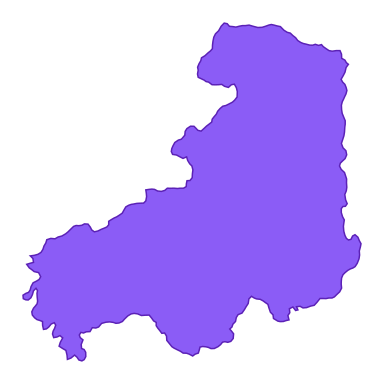 the district of Gouveia, Minas Gerais, Brazil
{"feature_id": "56859067B21802883811308", "entity_name": "Gouveia", "entity_type": "district", "adm_level": 2, "iso_a3": "BRA", "parent_name": "Brazil", "parent_adm1": "Minas Gerais", "projection": "natural_earth1", "projection_center": [-43.859, -18.506], "detail": "fine", "context": "isolated", "style": "filled", "palette": "violet", "viewbox_px": 384, "rotation_deg": 0, "n_neighbors": 0, "source": "geoboundaries", "source_scale": "gbopen_adm2", "svg_char_len": 5091}
<svg xmlns="http://www.w3.org/2000/svg" viewBox="0 0 384 384"><path d="M303.0,307.9L306.6,307.6L310.6,306.1L314.2,305.3L316.9,302.4L320.0,298.5L323.4,298.5L326.0,298.6L328.8,298.0L332.0,298.0L334.4,296.9L336.6,294.7L339.7,291.8L341.6,288.1L341.2,284.1L341.3,281.1L341.6,278.0L343.0,274.7L345.1,272.6L347.9,270.3L350.4,268.9L352.9,268.0L355.1,266.6L357.2,263.4L359.0,258.9L359.6,255.0L359.3,251.0L360.4,246.9L361.0,243.7L359.4,240.8L357.9,237.2L355.0,234.7L352.6,236.0L351.0,239.3L348.5,240.0L346.4,238.4L344.9,235.3L343.8,231.2L343.4,226.4L343.8,223.3L344.3,219.9L342.6,216.8L341.3,212.6L341.3,208.6L342.9,206.5L345.4,206.3L347.2,203.7L345.6,199.8L344.8,194.5L346.3,190.8L346.8,187.3L346.5,182.8L346.6,179.0L345.7,176.2L344.5,172.5L341.2,169.4L339.5,166.0L340.3,163.2L342.5,161.0L345.1,158.6L346.7,154.8L345.9,150.7L343.0,147.8L341.4,143.5L342.7,139.5L343.9,135.8L344.5,132.1L344.8,127.1L345.2,124.2L345.2,120.7L343.7,117.1L342.2,113.4L341.6,109.7L341.4,105.2L342.3,101.7L343.5,99.3L344.6,96.8L346.0,93.9L346.9,90.5L346.1,87.4L344.9,84.4L342.7,82.2L341.1,79.3L343.3,75.5L345.0,72.2L346.1,67.5L348.4,64.3L346.4,62.7L344.9,60.1L341.7,58.3L341.5,54.1L340.0,50.6L336.3,50.6L332.2,51.2L329.0,50.6L326.3,48.8L323.2,46.6L321.5,44.6L318.5,45.4L315.3,44.3L312.7,45.2L309.7,45.1L306.3,44.2L303.3,43.5L300.8,42.5L297.7,40.5L295.6,37.7L292.9,35.6L290.3,33.1L287.2,32.3L283.9,30.2L280.4,26.6L277.0,25.9L274.1,25.1L271.3,24.5L268.7,25.1L265.7,26.2L262.2,27.3L257.8,27.5L253.2,26.3L249.1,25.1L245.4,25.6L242.5,25.6L239.3,26.2L235.9,27.1L232.9,26.6L229.4,26.3L227.2,23.7L224.2,23.1L221.2,26.2L218.6,30.8L215.5,33.8L213.8,37.2L213.0,41.1L212.5,45.1L212.4,48.7L210.5,50.9L208.0,52.9L205.0,55.7L201.5,57.8L200.8,60.7L199.0,63.8L197.6,67.2L198.2,70.2L197.5,74.0L198.2,77.3L200.9,78.6L204.1,80.1L206.1,81.6L208.6,82.1L212.0,84.7L215.2,84.8L218.5,84.7L221.8,84.4L224.5,86.3L228.4,87.4L231.4,84.7L234.4,84.2L236.4,87.8L237.3,91.6L237.1,97.0L234.6,100.2L232.4,102.2L229.1,103.9L225.9,105.5L222.8,106.2L220.1,108.5L217.7,111.2L216.3,114.2L214.2,116.6L212.2,119.2L211.7,122.1L209.0,124.2L206.5,126.1L204.3,128.2L201.1,131.1L197.8,130.3L196.0,128.3L194.0,126.3L190.5,126.2L186.9,128.6L185.2,131.3L184.8,135.2L181.4,139.2L178.3,140.1L174.8,142.5L172.9,146.0L171.8,148.6L171.3,151.5L172.6,154.4L176.5,155.0L179.5,156.6L183.0,158.4L186.6,156.9L187.7,160.5L189.7,163.8L191.9,166.0L192.9,169.9L192.4,173.7L192.2,177.7L190.0,180.5L187.0,180.7L186.4,183.6L186.2,186.6L183.5,188.2L180.1,188.2L177.5,188.5L174.0,188.2L170.4,188.3L167.3,188.2L164.8,190.4L161.4,191.4L157.6,191.0L154.6,189.4L151.9,189.1L148.9,189.4L145.8,189.9L146.3,193.1L146.6,196.7L145.8,200.9L143.6,203.1L140.4,203.2L136.7,203.4L133.8,204.0L131.2,204.4L128.6,205.3L125.8,206.9L123.7,210.5L122.3,213.1L119.6,215.0L116.6,216.9L114.1,218.0L111.2,219.7L108.7,221.3L108.7,224.8L106.8,227.0L104.3,228.1L101.3,229.3L97.9,231.0L94.3,231.8L91.7,229.9L90.3,227.1L88.0,224.1L84.4,223.9L81.8,225.3L78.8,225.7L76.1,225.5L73.6,226.4L70.6,229.3L68.0,231.9L65.7,233.8L61.9,236.0L58.1,237.0L55.0,238.8L50.8,238.4L46.8,239.7L45.8,243.0L44.0,246.0L42.9,249.4L41.0,252.4L38.0,254.3L34.4,255.3L30.3,255.9L32.9,258.5L33.5,262.4L30.4,263.2L26.7,264.3L29.3,267.9L31.7,269.6L34.2,271.6L38.6,272.6L40.7,276.7L39.1,279.5L36.5,281.1L33.1,282.8L31.1,286.5L30.1,290.1L28.5,292.4L26.0,293.3L23.0,295.2L23.3,298.7L25.7,299.8L28.2,300.0L30.9,297.8L32.4,294.7L33.5,290.8L36.0,288.3L37.5,290.6L37.0,293.3L37.2,297.2L37.6,301.1L37.1,303.8L35.4,306.0L33.5,308.2L31.8,311.8L32.3,315.0L34.6,317.8L37.0,319.6L39.6,320.4L42.5,321.5L42.6,325.3L43.5,329.4L46.4,328.9L48.7,327.1L51.2,324.0L54.3,322.7L55.7,325.1L54.6,328.3L53.1,331.2L52.5,334.0L53.7,337.6L57.0,337.0L60.0,335.6L62.7,337.9L60.3,342.3L59.1,346.2L62.3,348.3L65.9,350.4L67.0,355.0L67.4,359.4L70.9,358.1L74.6,355.1L77.0,357.2L78.9,360.0L81.9,360.9L84.2,359.6L85.8,356.6L85.7,352.3L84.1,349.5L81.6,348.5L81.2,344.5L83.0,339.9L80.2,337.6L79.3,335.0L80.9,332.4L83.5,333.0L86.3,331.8L90.0,331.6L92.3,327.7L95.8,328.0L98.6,327.0L101.6,323.4L106.0,322.2L109.7,321.9L113.3,322.4L115.9,323.3L119.0,323.0L122.4,321.5L124.6,319.0L127.8,315.9L131.2,313.9L134.2,313.4L137.7,313.9L141.4,315.5L145.4,315.2L149.2,315.1L151.7,318.2L153.6,320.9L156.2,322.4L156.2,325.7L157.7,328.0L159.7,330.5L161.8,333.3L164.6,333.0L166.5,336.0L166.8,340.4L169.4,343.6L171.9,346.7L174.0,348.1L177.4,349.8L180.5,351.3L183.1,353.1L186.5,353.2L189.1,354.1L192.7,356.0L195.2,354.1L198.3,353.1L199.3,349.9L200.0,347.1L202.6,346.5L205.9,346.8L208.4,347.4L211.0,348.6L214.3,348.5L218.0,346.7L220.6,344.6L222.5,342.2L224.9,341.7L227.8,342.3L230.8,341.4L233.2,338.5L233.6,333.8L231.6,331.2L229.7,329.0L231.9,327.1L232.9,324.2L235.5,321.5L236.3,317.5L238.1,314.6L242.0,313.1L244.5,309.5L246.0,306.9L248.2,303.5L248.9,298.9L251.5,296.3L254.2,298.0L256.5,298.9L260.2,299.3L263.3,301.0L265.4,302.6L267.9,304.3L268.9,307.8L270.4,312.2L273.0,314.8L273.5,318.5L277.8,321.1L280.2,321.6L283.3,321.5L286.0,320.6L289.0,319.9L287.9,315.5L289.8,312.7L289.4,308.7L292.9,307.0L295.6,310.5L297.9,309.9L296.5,306.7L300.1,306.3L303.0,307.9Z" fill="#8b5cf6" stroke="#5b21b6" stroke-width="1.5"/></svg>